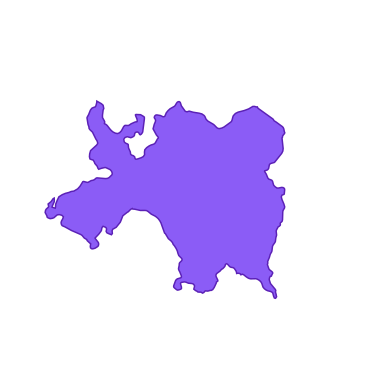 the Administrative State of Southern Nations, Nationalities and Peoples, rotated 217°
{"feature_id": "ETH-3129", "entity_name": "Southern Nations, Nationalities and Peoples", "entity_type": "Administrative State", "adm_level": 1, "iso_a3": "ETH", "parent_name": "Ethiopia", "parent_adm1": "", "projection": "mercator", "projection_center": [36.895, 6.444], "detail": "fine", "context": "isolated", "style": "filled", "palette": "violet", "viewbox_px": 384, "rotation_deg": 217, "n_neighbors": 0, "source": "natural_earth", "source_scale": "10m", "svg_char_len": 6069}
<svg xmlns="http://www.w3.org/2000/svg" viewBox="0 0 384 384"><g transform="rotate(217 192 192)"><path d="M120.8,250.5L119.8,250.1L119.1,249.2L117.1,245.9L117.2,245.3L118.3,243.5L117.7,241.8L115.7,240.2L111.4,237.7L109.1,236.0L108.5,234.9L108.1,231.8L107.3,230.4L103.0,224.3L102.5,223.2L102.4,222.5L102.8,220.5L102.6,219.9L101.7,219.0L101.5,218.4L101.7,217.2L102.2,216.0L101.7,212.6L101.3,211.5L98.5,208.5L97.5,205.9L95.6,202.6L95.4,201.6L95.3,198.4L95.0,197.0L92.9,193.4L92.4,192.3L92.0,189.3L90.8,186.2L89.7,181.9L88.7,180.9L88.1,179.4L84.5,177.0L83.6,176.6L80.2,176.5L79.3,176.3L78.7,175.8L78.3,173.6L78.0,172.8L78.0,172.5L78.7,171.9L78.6,170.9L78.4,170.0L77.6,168.5L74.2,166.1L66.7,164.3L65.8,163.7L65.2,162.4L63.1,160.8L62.2,159.8L61.8,159.7L61.4,159.2L61.3,157.4L62.4,156.9L64.0,157.8L66.8,160.0L68.1,160.1L69.5,159.8L72.1,158.7L74.0,158.3L76.1,158.3L78.1,158.8L81.1,160.9L82.6,161.6L84.2,161.9L86.0,161.9L87.7,161.6L88.9,161.1L92.8,158.0L94.3,157.3L95.9,157.0L97.8,156.9L101.0,157.0L102.4,156.6L103.1,155.3L104.1,155.7L105.4,155.4L106.5,154.7L107.3,153.8L108.2,154.7L109.5,155.5L112.2,156.4L113.5,156.4L115.7,155.3L117.0,155.1L120.1,155.7L121.3,155.5L121.7,154.3L121.1,152.8L121.0,151.7L121.3,149.3L121.9,147.9L122.0,145.8L123.1,142.1L123.2,141.0L122.8,139.9L121.9,139.0L118.3,137.1L117.8,136.4L118.3,134.8L117.8,133.8L116.8,129.1L116.7,126.5L117.4,125.0L118.3,124.3L119.7,122.4L121.9,121.0L122.1,118.8L122.7,117.6L124.6,117.4L127.0,115.7L128.7,115.7L129.8,115.4L132.1,115.5L133.0,117.7L133.5,118.6L134.9,119.2L136.1,119.2L137.2,118.7L140.0,117.0L142.7,116.3L144.0,115.6L146.0,113.5L146.3,112.6L146.0,111.8L143.3,109.8L142.4,108.7L142.4,107.7L143.6,105.9L144.4,105.0L145.5,104.7L148.0,104.8L149.2,105.0L149.9,105.6L150.3,106.4L151.8,111.4L151.8,112.7L151.4,113.9L149.3,116.8L149.3,117.8L150.3,118.8L153.6,120.8L155.3,121.6L156.1,122.1L156.8,122.9L158.0,125.5L159.2,127.4L159.3,128.2L158.9,131.1L159.3,132.1L160.2,132.7L164.3,133.3L166.4,134.6L168.3,136.1L170.6,137.3L173.8,138.5L175.4,138.8L177.1,139.8L179.1,140.3L182.8,140.5L188.2,142.7L189.2,142.7L198.3,148.7L200.6,149.7L203.0,150.4L205.4,150.6L207.3,150.5L211.2,149.8L215.4,150.0L217.1,149.8L218.6,148.9L222.1,146.2L227.4,143.8L229.1,142.7L229.8,142.9L230.6,141.0L230.9,138.6L231.1,137.5L231.4,137.1L232.9,131.5L232.8,130.9L231.6,126.7L231.1,124.7L231.3,118.2L232.9,114.5L232.5,113.0L230.6,110.9L230.6,109.4L233.8,108.5L235.5,108.2L236.9,108.9L237.9,111.0L238.7,111.6L239.8,111.8L242.4,111.1L242.5,109.7L242.2,108.7L241.3,107.0L241.1,106.0L241.1,102.2L241.7,96.9L241.2,96.6L236.4,95.3L235.2,94.3L234.4,92.6L234.7,91.0L235.6,88.7L237.1,86.8L238.2,86.2L239.4,86.3L240.4,87.2L241.8,89.7L243.0,89.7L246.5,90.1L247.5,90.7L250.3,90.4L253.8,91.2L255.2,91.1L265.2,88.7L272.4,87.7L275.3,87.0L276.4,87.3L277.3,87.9L278.3,89.0L278.8,90.5L279.1,92.8L279.8,94.8L281.8,95.1L284.0,94.3L285.6,93.0L286.0,92.1L286.8,88.3L287.8,86.8L289.3,85.3L291.5,84.7L292.7,84.8L293.5,85.6L296.9,87.2L297.5,88.3L298.0,89.4L298.1,90.7L297.6,93.3L297.8,94.2L299.7,95.8L298.8,99.4L298.9,103.1L298.4,104.2L296.5,101.9L296.1,101.1L295.1,96.7L294.6,95.7L291.5,96.7L291.9,97.8L293.5,100.1L294.6,104.1L295.4,108.1L294.0,111.8L292.3,114.7L290.0,117.6L288.8,119.7L286.9,121.6L285.2,125.7L284.9,129.1L285.4,134.5L284.9,135.2L281.5,136.6L280.8,137.2L279.4,140.4L277.9,142.1L277.4,143.2L276.9,145.4L276.4,146.1L269.1,150.7L267.7,152.0L266.9,153.6L266.3,157.5L266.6,158.5L267.5,159.4L268.9,160.2L270.8,160.6L275.6,159.6L276.5,158.9L278.6,156.4L280.2,154.0L281.5,154.4L283.2,155.5L286.7,156.3L288.5,157.4L290.3,158.0L292.0,157.3L293.4,157.0L295.1,158.4L296.7,160.9L297.9,164.0L296.4,172.1L296.5,173.9L296.9,174.5L298.8,175.8L300.6,176.4L307.5,179.9L310.9,180.3L312.3,180.7L313.7,182.1L315.7,183.4L320.5,188.0L320.8,189.0L321.1,191.4L322.4,196.2L322.4,198.6L321.8,199.8L320.5,201.8L320.6,203.0L322.0,206.3L322.7,207.3L317.5,208.0L315.2,207.8L312.7,205.6L312.3,204.0L309.8,199.6L308.3,197.6L304.3,195.8L303.8,195.3L303.1,193.9L301.2,194.2L299.8,194.1L295.4,192.9L293.3,192.5L291.1,192.4L288.5,192.9L286.6,193.9L285.5,195.7L285.2,198.4L285.9,202.9L285.8,204.5L285.2,205.2L283.0,206.7L282.4,207.6L281.7,209.8L279.9,213.1L279.3,214.0L278.4,214.8L278.2,215.2L278.5,215.8L279.9,217.2L283.0,219.0L283.6,219.6L283.4,220.2L279.6,222.8L276.2,223.2L275.1,223.1L274.0,221.7L267.5,210.3L267.3,209.2L267.3,207.7L267.8,206.5L268.6,206.5L269.7,207.1L270.9,207.3L272.0,206.9L272.9,205.7L273.0,204.4L272.0,202.4L272.1,201.2L273.0,199.3L273.6,198.5L277.0,197.2L278.3,195.2L278.2,193.0L276.3,191.3L275.4,191.1L274.3,191.1L272.2,191.6L271.5,191.5L269.2,189.0L265.4,186.9L263.8,185.3L262.6,185.1L260.7,185.7L259.0,185.6L257.5,184.4L256.5,184.4L255.6,185.3L253.2,188.8L252.2,191.0L252.3,193.2L254.0,195.3L255.1,197.3L254.9,200.1L254.0,202.9L253.0,204.9L251.5,207.0L251.0,208.1L250.9,209.4L251.5,213.3L251.4,214.7L251.8,215.4L254.7,216.1L261.1,219.0L262.9,223.4L263.5,225.9L264.0,227.0L264.9,227.9L266.2,228.3L267.1,228.9L267.5,230.2L267.3,231.5L266.5,232.4L263.2,234.1L260.6,234.6L259.7,235.2L259.3,236.2L260.2,239.8L260.1,242.6L259.6,245.3L257.6,249.9L257.5,251.0L257.8,253.5L257.8,254.7L257.4,255.8L256.6,256.5L255.3,256.5L252.3,254.4L246.0,252.4L244.9,252.7L244.0,253.3L243.4,254.3L242.7,255.0L239.1,256.4L233.8,259.2L231.1,260.3L228.3,260.4L227.0,260.0L224.8,258.7L223.5,258.4L221.8,258.2L216.0,258.9L214.7,258.9L210.7,258.3L209.4,258.5L208.2,259.2L206.6,261.1L205.5,263.3L203.1,271.2L203.0,272.4L203.4,273.8L204.5,276.4L204.9,277.8L204.6,280.8L203.2,283.6L199.3,288.5L196.8,292.4L194.9,297.0L193.6,298.0L191.7,298.7L191.1,299.3L189.6,298.6L171.5,299.0L170.8,298.9L169.3,298.3L166.9,298.5L159.0,298.6L157.8,298.3L156.6,297.6L154.6,295.8L153.6,295.2L153.3,294.4L153.4,291.4L152.7,290.2L152.6,289.3L145.4,281.6L144.1,279.4L143.6,276.8L143.9,265.7L144.1,265.0L146.1,262.4L146.6,261.4L146.6,260.3L145.0,257.0L144.9,255.9L145.2,254.7L146.7,252.6L146.4,252.1L143.5,251.0L140.0,248.9L138.7,248.5L135.5,249.4L134.2,249.1L131.9,247.3L130.7,246.5L128.7,246.2L126.6,246.3L125.4,247.1L123.3,249.5L122.1,250.3L120.8,250.5Z" fill="#8b5cf6" stroke="#5b21b6" stroke-width="1.5"/></g></svg>